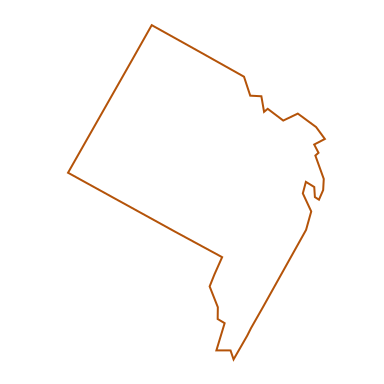 Conway, Arkansas, United States of America (Equal Earth projection), rotated 298°
{"feature_id": "52423323B98678441689198", "entity_name": "Conway", "entity_type": "district", "adm_level": 2, "iso_a3": "USA", "parent_name": "United States of America", "parent_adm1": "Arkansas", "projection": "equal_earth", "projection_center": [-92.701, 35.267], "detail": "fine", "context": "isolated", "style": "outline", "palette": "amber", "viewbox_px": 384, "rotation_deg": 298, "n_neighbors": 0, "source": "geoboundaries", "source_scale": "gbopen_adm2", "svg_char_len": 624}
<svg xmlns="http://www.w3.org/2000/svg" viewBox="0 0 384 384"><g transform="rotate(298 192 192)"><path d="M319.4,130.7L320.4,78.1L280.2,77.1L150.8,73.5L149.0,196.3L148.6,249.2L129.8,250.5L116.9,251.9L102.4,268.9L91.9,274.3L91.5,282.4L63.6,287.9L70.2,300.4L63.7,307.3L91.1,308.2L99.4,308.0L123.8,308.7L212.1,310.5L230.8,306.4L242.8,290.5L254.4,287.8L253.8,297.6L245.2,302.9L244.8,307.7L255.3,306.9L265.4,302.2L282.1,283.8L286.0,285.3L291.3,277.6L301.2,284.4L307.6,271.1L310.9,248.6L297.9,239.0L301.0,219.8L296.6,218.0L309.1,208.3L304.4,198.2L318.2,183.8L319.4,130.7Z" fill="none" stroke="#b45309" stroke-width="2"/></g></svg>